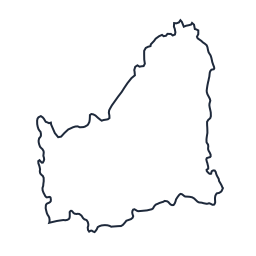 Stowbtsy, Minsk, Belarus (Robinson projection), rotated 79°
{"feature_id": "67162791B19818766020383", "entity_name": "Stowbtsy", "entity_type": "district", "adm_level": 2, "iso_a3": "BLR", "parent_name": "Belarus", "parent_adm1": "Minsk", "projection": "robinson", "projection_center": [26.677, 53.605], "detail": "fine", "context": "isolated", "style": "outline", "palette": "slate", "viewbox_px": 256, "rotation_deg": 79, "n_neighbors": 0, "source": "geoboundaries", "source_scale": "gbopen_adm2", "svg_char_len": 4490}
<svg xmlns="http://www.w3.org/2000/svg" viewBox="0 0 256 256"><g transform="rotate(79 128 128)"><path d="M205.1,46.3L204.2,46.7L202.2,47.1L200.3,47.7L197.5,48.7L195.1,48.7L193.4,49.3L191.4,49.9L189.6,50.2L187.9,50.3L186.3,51.0L185.9,52.4L186.4,54.0L187.6,54.7L188.7,55.1L188.7,56.2L188.0,57.2L186.2,58.4L185.1,58.9L184.0,58.8L183.6,57.8L183.2,57.0L181.5,56.7L180.5,56.7L178.8,56.8L177.6,56.8L176.5,57.0L175.1,57.1L173.7,57.1L172.6,56.4L172.4,55.1L172.2,53.0L171.6,52.3L170.0,52.0L168.0,52.4L165.7,53.2L164.1,53.4L163.0,53.2L161.3,52.7L159.4,52.6L158.5,53.1L157.1,53.6L156.2,53.5L154.0,53.1L152.4,52.6L150.4,51.9L148.0,51.0L145.2,50.5L142.7,50.1L140.3,49.8L138.1,49.4L137.0,49.2L135.2,47.5L134.8,46.6L133.9,45.3L132.2,44.4L128.6,43.8L127.2,43.8L123.3,43.9L121.2,43.8L119.7,43.4L116.9,42.0L115.0,42.1L113.2,42.6L111.3,43.2L109.9,43.6L107.8,43.8L106.2,43.6L104.1,42.9L101.6,42.0L98.4,40.7L96.7,39.9L94.7,39.1L93.2,38.4L90.9,37.7L89.1,37.1L87.9,36.4L86.7,35.0L86.7,33.5L86.7,32.6L85.8,31.9L84.3,31.9L82.2,32.3L79.3,32.7L77.8,32.7L74.9,32.8L72.5,33.1L69.2,34.4L67.0,34.6L63.9,34.6L61.8,35.0L59.9,36.5L58.2,38.2L56.5,39.4L53.3,42.5L51.6,42.9L49.3,41.1L45.6,40.4L44.1,42.4L43.6,43.5L41.8,43.5L39.2,43.5L37.1,45.1L38.5,46.3L38.7,48.6L38.7,51.4L39.2,53.9L34.1,54.9L32.2,56.0L33.5,57.3L34.1,57.9L34.5,60.6L33.8,62.7L37.3,63.6L39.4,63.2L43.1,63.2L45.2,64.1L45.7,66.4L43.8,68.0L43.6,69.2L43.1,71.3L44.7,73.1L44.7,75.5L43.1,76.8L43.8,79.9L45.6,83.8L47.5,85.8L50.2,89.6L51.9,90.3L52.1,92.8L52.8,95.3L55.3,97.4L58.8,98.1L63.9,99.0L68.1,99.2L70.2,100.9L70.0,103.1L70.0,105.0L68.3,106.8L69.3,109.2L70.0,109.6L72.3,110.8L74.1,110.8L77.6,111.2L79.7,115.1L83.9,120.0L87.8,123.9L91.5,127.4L95.3,131.7L99.0,135.6L102.7,139.5L104.9,141.4L107.0,143.1L109.4,143.9L112.2,143.9L114.7,144.3L115.6,146.1L115.6,147.7L115.5,150.6L115.8,152.4L114.7,153.5L112.2,155.6L109.5,157.6L108.0,159.5L107.3,161.3L108.0,162.9L109.8,163.3L112.6,164.0L114.7,164.8L116.5,166.2L117.4,167.1L118.4,169.9L118.6,171.5L118.1,175.2L116.8,177.1L116.5,179.4L116.8,182.0L117.5,184.7L118.0,186.9L120.8,191.4L123.7,195.3L123.7,198.3L119.0,200.8L109.9,202.8L108.0,202.7L108.2,204.6L106.9,206.4L106.2,207.6L104.6,208.2L102.9,208.8L101.3,209.7L99.7,211.3L100.4,213.8L101.5,215.0L103.4,215.8L106.9,216.4L109.5,216.4L111.9,216.1L113.5,215.5L115.1,214.6L117.2,214.6L119.1,215.0L120.5,216.2L121.1,217.2L123.5,218.2L125.2,218.4L127.3,218.3L129.7,217.9L131.3,216.9L132.5,216.0L134.6,215.3L136.0,215.4L139.2,216.4L141.1,216.2L142.8,216.3L144.1,216.9L145.7,218.2L145.6,219.2L144.4,220.0L142.7,221.0L143.4,222.4L145.6,222.7L148.1,222.3L149.4,222.2L151.8,222.2L153.5,222.8L155.2,222.9L156.3,222.6L158.0,221.5L158.7,220.8L160.8,220.3L164.2,220.9L166.5,221.7L168.6,222.3L170.6,223.4L172.9,223.7L175.4,223.3L177.0,222.8L179.3,222.1L180.5,221.2L180.7,219.8L180.6,218.4L181.1,217.5L181.6,217.3L183.7,217.4L185.1,217.8L185.8,218.6L186.4,220.1L186.6,221.5L187.0,222.4L188.0,223.3L190.9,224.1L192.7,224.1L196.0,223.9L197.8,223.5L199.2,222.9L200.9,222.4L203.2,222.5L205.5,223.1L206.0,223.4L205.9,221.1L205.7,215.7L205.8,212.9L206.0,209.0L206.6,207.1L206.6,205.4L206.6,205.1L206.1,203.5L205.2,202.6L203.8,202.1L201.4,201.6L199.4,201.3L198.4,200.1L198.6,199.1L199.6,198.4L201.0,197.7L201.9,196.8L202.6,194.9L202.6,193.8L203.1,192.2L205.1,190.4L207.9,189.3L209.4,188.2L209.8,187.3L210.6,186.2L212.6,185.4L214.9,185.3L216.5,185.7L217.9,186.5L220.4,186.7L222.3,185.9L221.7,184.3L221.8,183.2L222.9,182.1L223.8,180.7L223.0,179.6L221.5,178.0L219.5,176.6L218.9,174.7L218.6,172.5L218.9,169.3L219.6,166.7L220.6,164.7L221.7,163.3L221.8,162.0L222.5,156.1L222.9,153.6L222.2,151.6L221.0,150.0L219.7,148.4L218.7,147.3L218.4,145.1L218.0,142.4L217.0,140.6L215.5,139.7L213.5,140.0L211.8,140.0L210.3,139.5L209.1,138.5L209.0,137.2L210.1,135.9L210.9,135.1L211.6,133.9L211.9,131.1L212.5,125.1L212.3,120.2L211.8,118.9L210.3,117.6L209.3,116.6L208.4,115.1L208.1,113.4L207.6,111.4L207.3,109.0L207.2,107.6L206.6,105.9L207.4,103.6L208.4,102.5L210.0,101.6L211.2,100.8L212.1,99.5L212.3,98.0L210.9,96.5L209.0,95.3L207.3,94.5L205.1,92.4L203.5,90.6L202.7,89.1L203.2,87.8L204.5,86.6L205.7,85.6L206.2,84.9L206.8,82.4L207.4,80.3L208.3,78.2L209.8,76.5L212.2,74.8L213.6,73.8L214.6,72.5L215.0,71.1L215.4,69.8L216.1,68.5L216.8,66.8L217.4,65.3L217.5,64.1L217.3,62.8L218.2,61.3L219.0,60.4L219.6,59.4L219.6,58.0L218.8,57.3L217.9,56.7L216.3,56.4L215.3,56.3L213.4,56.0L211.4,55.3L210.1,54.4L209.1,53.3L209.1,51.0L208.4,49.1L207.9,48.3L206.7,47.4L205.1,46.3Z" fill="none" stroke="#1e293b" stroke-width="2"/></g></svg>